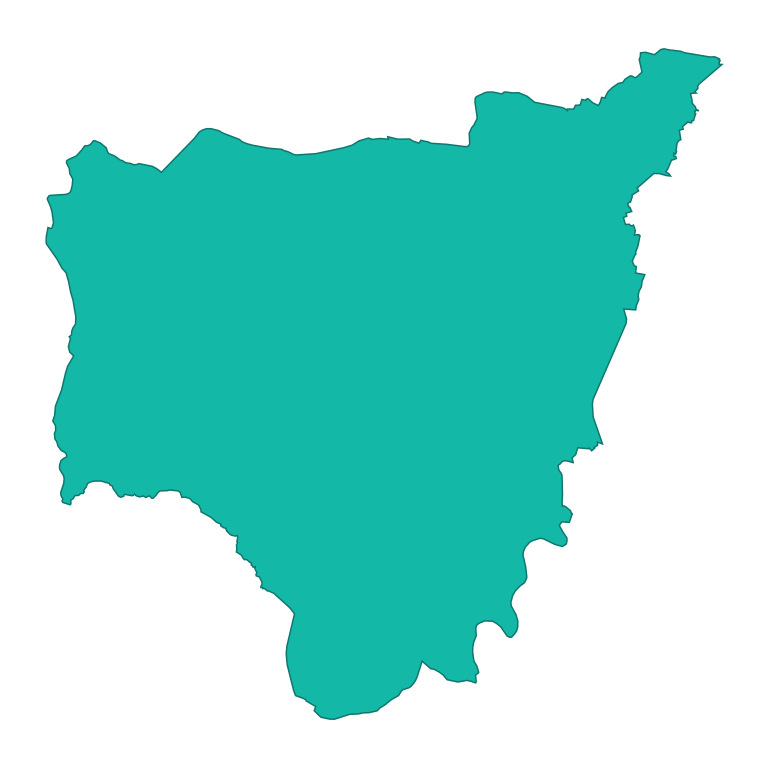 the district of Phanom Thuan, Kanchanaburi, Thailand
{"feature_id": "78962969B66646972334810", "entity_name": "Phanom Thuan", "entity_type": "district", "adm_level": 2, "iso_a3": "THA", "parent_name": "Thailand", "parent_adm1": "Kanchanaburi", "projection": "albers", "projection_center": [99.694, 14.148], "detail": "fine", "context": "isolated", "style": "filled", "palette": "teal", "viewbox_px": 768, "rotation_deg": 0, "n_neighbors": 0, "source": "geoboundaries", "source_scale": "gbopen_adm2", "svg_char_len": 5988}
<svg xmlns="http://www.w3.org/2000/svg" viewBox="0 0 768 768"><path d="M54.4,433.3L55.0,439.2L56.7,441.4L58.0,446.2L61.2,450.4L65.6,452.9L66.7,455.3L66.4,457.1L63.5,458.5L60.9,460.7L59.6,465.2L59.5,468.3L60.0,469.8L63.4,475.4L64.2,478.8L63.6,483.8L60.7,492.6L61.0,495.6L62.7,498.6L62.1,501.4L62.9,502.5L70.1,504.8L70.9,503.9L70.8,500.0L73.2,498.7L74.8,495.6L78.7,495.4L80.4,493.6L83.3,493.4L84.1,492.2L84.0,489.8L86.1,487.2L87.5,483.6L89.9,482.2L93.8,481.1L100.8,481.0L109.3,483.4L109.9,484.9L112.4,486.1L113.1,488.5L118.5,496.2L120.7,497.2L123.7,496.3L124.2,494.7L124.8,494.4L131.9,495.7L133.3,495.4L134.7,494.1L136.2,495.8L139.5,496.9L143.4,496.0L145.9,497.5L149.3,495.7L151.4,498.0L152.9,498.4L156.4,495.0L157.3,493.2L160.0,490.9L167.2,490.7L169.7,490.0L177.9,490.9L180.2,492.3L181.9,497.4L184.6,497.1L189.6,498.3L192.8,501.8L198.4,504.8L201.0,509.7L201.0,511.8L211.1,517.4L216.5,522.2L220.8,524.1L220.7,525.8L223.7,527.8L225.7,528.2L226.5,530.7L230.1,534.5L231.8,535.3L235.4,536.1L237.3,535.6L237.7,537.0L236.9,541.8L237.6,542.6L236.5,545.0L236.8,548.9L236.4,552.0L241.4,555.1L243.1,558.3L244.4,559.7L245.9,559.4L247.6,560.2L249.2,561.9L251.3,563.0L251.3,565.1L252.1,565.3L253.0,567.1L255.3,566.7L255.3,567.3L254.7,567.7L255.2,569.4L256.9,572.6L256.0,574.4L256.2,575.8L259.5,577.1L261.9,582.1L262.1,584.1L260.8,586.6L260.9,587.5L262.6,587.7L263.0,588.7L263.7,588.3L265.5,589.2L267.3,590.9L268.7,591.0L273.7,593.2L289.9,607.9L294.5,613.8L286.9,646.3L286.2,653.7L287.2,664.7L293.7,690.7L295.6,695.6L303.9,698.6L305.8,699.8L306.1,700.9L315.7,706.5L314.2,710.7L320.9,717.2L329.6,719.1L334.5,719.2L349.7,714.3L358.5,713.9L363.6,712.8L368.7,712.7L377.2,710.8L379.9,707.9L385.3,704.6L390.9,699.9L398.6,695.5L401.7,690.6L403.2,689.6L408.6,687.9L410.7,686.6L413.2,683.9L415.6,680.4L417.2,676.7L422.1,661.2L430.8,668.7L434.1,669.3L438.9,671.9L443.0,674.8L447.1,679.7L457.9,682.0L466.8,680.4L471.1,681.3L475.7,682.9L476.2,681.6L475.5,675.0L478.2,673.2L478.7,672.2L476.7,665.7L474.2,661.6L473.7,659.6L472.7,652.3L472.7,647.6L473.7,642.3L476.2,635.8L475.8,628.0L476.6,625.3L478.9,623.3L484.7,620.9L492.7,621.2L496.8,623.6L500.7,626.8L507.1,636.0L509.7,637.3L511.6,637.1L514.5,634.1L516.7,630.7L517.7,626.9L517.8,621.1L515.9,614.4L511.2,605.9L510.9,602.3L512.6,595.7L515.2,591.1L519.8,586.2L524.5,582.7L526.5,578.5L526.8,576.9L525.7,567.0L523.0,555.2L523.3,551.9L525.3,547.1L529.8,542.1L532.5,540.7L540.1,538.2L543.6,538.9L554.7,544.3L561.6,546.3L562.7,546.3L566.3,544.0L567.0,540.7L566.9,537.9L562.7,531.7L559.6,526.0L559.5,525.0L562.0,521.8L569.3,522.4L572.3,513.8L571.2,512.7L570.5,510.7L565.6,506.7L564.0,505.9L562.3,506.2L562.1,502.4L562.5,494.3L562.0,475.6L561.3,473.4L559.0,470.3L558.2,466.8L558.5,464.7L559.8,464.2L562.5,461.3L564.2,460.8L566.8,460.9L573.2,462.6L572.1,457.8L575.6,454.7L577.8,447.8L588.3,448.7L589.1,448.0L591.7,450.8L594.7,448.1L594.1,447.5L597.5,445.4L597.5,442.2L602.5,443.9L593.2,417.1L592.4,404.8L592.9,399.8L626.0,323.7L626.6,319.1L623.7,309.0L635.7,309.9L636.3,305.7L638.8,299.5L638.1,295.8L639.1,291.1L641.4,286.8L642.0,281.6L644.8,274.6L635.6,273.0L636.3,266.6L634.2,265.7L632.3,261.1L635.0,254.9L635.9,254.2L635.7,251.8L637.9,246.3L640.0,235.8L638.8,235.5L639.0,234.8L638.2,234.6L634.5,235.1L635.3,230.5L633.5,225.1L631.8,225.8L630.5,225.5L629.3,224.3L625.4,224.4L623.4,217.5L626.8,216.2L626.1,213.1L631.7,211.5L629.9,207.4L629.4,207.6L627.5,203.9L630.0,201.7L630.5,202.0L632.4,196.1L632.0,195.0L638.6,190.9L637.2,188.0L653.8,173.5L659.5,173.6L666.5,175.6L670.5,176.0L668.9,173.8L665.7,171.7L667.8,168.9L671.4,160.3L676.3,158.6L675.7,156.4L673.8,156.2L673.8,153.1L675.6,154.1L676.6,151.4L676.0,150.8L677.1,142.9L678.7,140.7L680.8,139.7L679.3,130.2L683.2,129.2L682.5,126.6L687.9,122.0L689.8,122.7L691.6,122.8L691.8,120.6L693.5,120.6L695.7,113.6L694.6,112.7L694.8,111.2L695.3,111.4L696.0,110.2L698.9,110.9L695.9,109.0L695.4,106.9L692.2,103.2L691.9,99.3L690.5,93.5L696.2,93.0L694.8,91.9L697.9,88.4L697.7,86.3L698.7,84.4L721.9,64.5L719.1,64.3L719.2,62.3L720.1,60.4L718.7,59.5L719.3,58.8L714.8,56.8L710.0,57.0L684.9,52.8L680.2,51.2L668.6,49.8L664.1,48.8L660.8,49.5L654.5,54.7L645.6,52.3L640.5,52.8L640.3,56.7L639.2,59.4L642.0,72.1L636.4,77.3L634.8,77.6L631.8,76.0L630.2,75.9L625.1,79.2L622.7,82.5L618.3,83.4L612.3,87.6L608.2,91.5L605.5,96.4L605.3,98.0L601.6,97.4L600.3,102.2L598.3,105.5L592.7,102.8L588.2,98.8L586.3,99.1L585.8,100.4L581.9,99.4L580.2,105.0L575.4,105.3L573.7,109.1L567.4,109.0L567.4,110.5L564.3,108.4L561.9,107.5L534.6,102.3L527.2,96.3L518.7,92.7L512.8,92.9L504.8,91.9L503.1,92.7L502.2,94.0L493.3,92.1L487.5,92.1L485.1,92.6L476.2,96.8L475.2,98.4L475.0,102.6L476.9,114.9L477.1,118.6L474.0,124.8L471.6,127.9L469.2,133.1L469.7,144.0L468.3,146.0L467.2,146.5L464.7,146.6L446.7,144.3L431.0,143.3L428.5,142.0L420.9,140.3L419.1,143.2L412.6,140.9L409.6,139.0L397.8,139.2L387.7,136.7L388.4,139.2L379.9,138.5L372.8,139.4L368.4,138.1L359.0,140.9L352.1,145.2L343.4,147.8L315.8,153.7L295.9,155.0L293.5,154.4L287.8,151.6L284.0,150.6L281.5,149.3L269.3,148.3L252.5,145.2L247.0,143.7L242.1,141.8L239.3,139.4L223.0,133.1L218.7,130.6L211.1,128.7L206.5,128.7L202.2,130.1L199.1,132.2L194.5,138.2L161.4,172.3L156.9,168.8L152.2,166.3L139.0,163.6L136.5,164.6L133.8,164.7L130.1,163.3L127.2,163.0L124.5,162.1L122.4,160.6L120.5,160.2L114.5,155.9L108.8,153.6L107.4,151.5L106.2,147.8L100.4,143.0L95.1,140.8L93.4,140.8L90.4,144.5L88.0,145.6L84.7,145.9L81.9,149.8L76.4,155.9L68.1,159.7L66.6,160.9L66.5,163.0L69.2,168.2L69.9,173.9L72.8,179.1L72.2,185.5L71.0,190.4L70.0,192.3L68.7,193.4L66.0,194.4L50.0,195.4L48.8,196.0L47.4,198.2L47.4,199.4L50.3,206.0L52.0,211.7L53.5,222.9L51.8,228.3L50.7,228.5L48.0,227.5L46.3,236.3L46.1,242.0L46.5,244.0L57.2,259.4L61.8,267.9L66.1,272.9L68.4,280.9L70.9,293.1L73.0,300.1L75.8,316.9L75.5,324.0L72.8,328.2L71.8,331.1L71.4,335.2L69.2,336.7L70.4,338.6L68.4,346.8L69.7,352.1L73.7,355.9L67.7,366.1L65.6,372.8L61.6,389.9L55.5,406.0L54.6,415.5L52.8,421.0L55.2,425.1L55.6,426.5L55.6,430.8L54.4,433.3Z" fill="#14b8a6" stroke="#0f766e" stroke-width="1.5"/></svg>